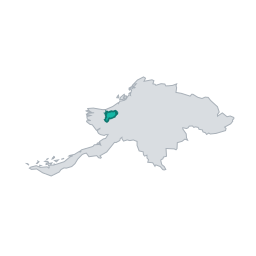 location of Hinthada, Ayeyarwady, Myanmar, rotated 80°
{"feature_id": "60261553B48695999525720", "entity_name": "Hinthada", "entity_type": "district", "adm_level": 2, "iso_a3": "MMR", "parent_name": "Myanmar", "parent_adm1": "Ayeyarwady", "projection": "orthographic", "projection_center": [95.142, 17.923], "detail": "fine", "context": "in_parent", "style": "filled", "palette": "teal", "viewbox_px": 256, "rotation_deg": 80, "n_neighbors": 0, "source": "geoboundaries", "source_scale": "gbopen_adm2", "svg_char_len": 6273}
<svg xmlns="http://www.w3.org/2000/svg" viewBox="0 0 256 256"><g transform="rotate(80 128 128)"><path d="M165.2,114.5L162.7,113.3L160.9,114.5L158.1,114.1L158.5,116.6L156.9,117.4L154.1,117.2L152.5,121.0L146.7,122.1L142.8,121.4L140.7,124.8L140.7,128.5L139.6,130.8L140.1,134.7L137.6,135.8L136.1,135.6L137.0,137.4L138.9,138.2L140.2,142.2L139.8,143.8L147.9,153.1L150.5,160.4L152.4,159.4L153.0,160.1L152.2,162.1L149.8,163.6L149.5,171.4L145.5,173.4L145.7,176.0L146.2,177.8L149.9,182.9L153.9,186.4L156.2,190.1L156.8,195.6L156.2,198.0L157.3,201.2L159.4,203.4L161.9,212.0L157.3,219.8L152.5,225.0L152.0,230.3L150.4,232.1L149.6,230.5L149.2,224.9L151.5,221.3L152.2,214.4L153.7,212.9L152.9,212.3L151.0,212.8L151.6,207.2L150.5,207.0L151.4,205.8L150.1,196.6L146.4,190.1L145.8,187.3L145.3,191.1L144.9,190.4L144.7,185.3L142.5,179.7L142.7,179.2L143.7,179.7L142.8,178.4L142.1,178.7L141.4,177.4L140.1,165.8L138.7,164.1L139.2,159.1L140.2,157.8L136.4,158.4L134.5,154.2L134.4,151.9L130.6,148.4L131.2,149.5L130.6,150.7L131.2,152.7L129.7,156.3L128.1,158.0L126.0,158.7L124.4,157.7L124.0,155.8L123.4,155.7L124.9,159.4L118.7,162.6L117.8,164.8L114.6,167.7L113.7,167.3L114.2,163.4L112.3,166.5L109.7,166.6L109.2,162.4L108.1,164.9L106.6,165.6L107.1,158.7L106.7,160.7L104.2,163.4L101.8,164.3L102.4,158.6L105.6,149.6L105.9,146.6L104.2,139.4L101.4,133.3L102.2,133.2L100.3,131.4L100.1,126.9L98.9,128.5L98.8,131.3L96.4,129.9L94.1,125.9L95.0,125.6L97.7,127.5L99.2,126.4L99.6,125.2L95.4,121.3L96.5,119.8L95.1,119.8L91.6,117.9L90.6,118.2L91.0,119.9L90.3,120.3L88.9,117.8L89.9,116.6L89.1,116.6L89.7,114.4L89.3,114.0L87.7,116.9L86.7,116.2L87.8,114.8L87.4,113.9L85.9,112.2L86.0,115.3L82.4,110.4L80.4,103.8L82.0,102.1L84.8,104.1L84.7,96.0L85.9,94.3L88.8,95.8L89.7,93.7L90.8,93.2L90.1,87.7L91.1,84.1L93.1,83.5L93.5,80.6L93.8,76.7L93.0,72.4L94.7,73.4L96.7,73.1L101.3,74.6L103.1,69.5L107.4,61.3L105.8,59.4L106.1,58.2L109.9,53.9L111.8,50.0L111.0,46.6L111.8,43.7L115.2,41.9L122.6,36.2L128.1,35.4L130.3,37.6L131.9,37.8L129.5,32.5L134.1,28.5L133.9,25.3L136.0,22.0L137.2,22.1L138.3,23.7L139.5,23.7L141.7,26.1L143.9,32.7L145.4,31.5L147.5,32.4L148.6,42.2L148.2,48.0L147.0,49.4L148.0,51.7L146.1,52.6L144.8,54.9L142.8,55.1L141.6,58.3L139.6,58.8L138.6,61.3L138.8,63.1L137.2,64.2L136.8,67.4L138.2,68.7L138.7,70.4L137.2,74.0L138.5,74.2L143.9,71.7L147.8,72.1L150.4,71.4L148.8,73.9L150.5,77.1L151.0,82.0L156.8,83.3L157.8,84.5L156.6,86.1L154.8,94.1L162.5,95.0L162.8,98.1L164.5,99.1L164.8,100.8L165.8,101.4L169.9,101.1L172.3,99.0L175.4,98.0L175.6,99.7L175.0,101.0L171.6,102.9L169.4,106.6L169.3,107.4L170.4,108.1L166.5,109.7L165.2,114.5ZM96.5,123.8L99.0,125.3L98.5,126.4L96.9,126.5L95.8,124.5L96.5,123.8ZM147.3,202.1L148.9,204.4L147.3,206.0L147.3,202.1ZM96.2,133.8L94.9,132.9L94.0,131.7L96.8,131.7L96.2,133.8ZM149.7,212.0L149.8,215.1L148.8,214.8L148.1,212.2L149.7,212.0ZM105.6,164.3L103.9,166.3L103.6,164.6L106.0,162.2L105.6,164.3ZM138.6,161.5L137.6,160.9L137.4,159.1L138.2,158.6L138.9,159.5L138.6,161.5ZM146.4,215.8L146.2,214.8L147.2,212.3L147.1,214.5L146.4,215.8ZM145.8,221.5L147.3,223.7L147.0,224.2L145.7,222.4L144.9,222.5L145.8,221.5ZM150.7,210.3L149.2,211.0L149.1,208.9L150.7,210.3ZM147.4,232.0L145.4,234.0L145.7,232.9L147.4,232.0ZM88.5,118.1L89.1,120.6L88.0,117.7L88.5,118.1ZM147.2,197.3L147.2,199.2L146.7,196.2L147.2,197.3ZM94.2,120.0L94.4,121.5L93.3,119.3L94.2,120.0ZM145.4,208.2L144.2,207.3L144.6,206.6L145.2,206.7L145.4,208.2ZM144.5,205.5L143.9,206.7L143.1,206.0L143.7,205.4L144.5,205.5ZM144.8,212.9L144.8,214.0L144.0,211.5L144.8,212.9ZM108.2,166.6L107.4,166.6L108.5,165.3L108.6,165.8L108.2,166.6ZM150.0,221.6L149.3,221.4L149.9,220.2L150.0,221.6Z" fill="#d9dde1" stroke="#a8b0b8" stroke-width="1"/><path d="M113.2,137.6L113.2,137.4L112.9,137.2L112.7,137.1L112.5,136.9L112.4,136.8L112.4,136.7L112.4,136.3L112.3,136.1L112.1,136.1L111.9,136.0L111.6,135.8L111.5,136.1L111.4,136.1L111.5,136.2L111.5,136.3L111.5,136.5L111.5,136.8L111.4,136.8L111.4,137.0L111.5,137.1L111.3,137.1L111.3,137.3L111.2,137.3L110.9,137.4L110.7,137.4L110.4,137.3L110.4,137.2L110.2,136.9L109.9,136.7L109.7,136.5L109.5,136.8L109.4,136.8L109.2,136.9L109.2,137.0L109.1,136.9L108.9,137.0L108.7,137.2L108.6,137.5L108.4,137.6L108.5,137.6L108.6,137.8L108.8,138.1L109.0,138.1L109.1,138.3L109.0,138.5L109.1,138.8L109.0,139.0L109.2,139.3L109.3,139.4L109.3,139.5L109.2,139.5L109.0,139.8L108.9,140.0L108.9,140.3L108.9,140.5L109.0,140.6L109.1,140.8L109.0,141.1L108.9,141.1L108.8,141.3L108.6,141.3L108.6,141.5L108.4,141.6L108.4,141.8L108.5,141.9L108.5,142.0L108.6,142.3L108.7,142.5L108.8,142.6L109.1,142.8L109.0,143.0L109.1,143.3L109.1,143.6L109.0,143.8L108.9,143.8L109.0,144.0L109.0,144.3L109.0,144.5L108.9,144.7L109.0,144.9L108.9,144.9L108.7,145.0L108.6,145.3L108.4,145.3L108.2,145.4L108.1,145.5L108.1,145.8L108.0,146.0L108.1,146.4L108.0,146.5L107.9,146.6L108.1,146.6L108.4,146.9L108.5,146.9L108.8,146.9L108.9,147.1L109.0,147.1L109.1,147.3L109.3,147.5L109.4,147.8L109.5,147.9L109.5,148.0L109.7,147.8L109.7,147.7L109.7,147.4L109.7,147.2L109.5,146.9L109.8,146.7L110.0,146.8L110.1,147.0L110.2,146.8L110.3,146.7L110.5,146.7L110.6,146.8L110.7,147.1L110.9,147.3L111.0,147.5L111.0,147.8L111.1,148.0L111.3,147.9L111.2,147.7L111.3,147.6L111.5,147.6L111.8,147.6L112.0,147.7L112.3,147.7L112.5,147.6L112.5,147.4L112.9,147.4L113.0,147.5L113.3,147.7L113.5,147.6L113.5,147.8L113.9,147.8L114.0,147.9L114.0,148.0L114.2,148.4L114.3,148.4L114.5,148.4L114.7,148.5L114.9,148.5L115.0,148.6L115.3,148.7L115.5,148.7L115.7,148.8L115.8,148.8L115.8,149.0L115.9,148.9L115.9,148.7L116.0,148.7L116.1,148.8L116.3,148.8L116.3,149.0L116.5,148.9L116.6,149.0L116.7,149.3L116.9,149.2L117.1,149.1L117.1,148.7L117.7,148.6L117.8,148.5L117.9,148.4L117.9,148.0L118.2,147.8L118.4,147.7L118.2,147.4L118.2,147.2L117.9,146.9L117.7,146.8L117.7,146.7L117.7,146.4L117.6,146.2L117.4,146.1L117.1,145.9L117.0,146.0L116.9,146.0L116.7,146.1L116.3,145.8L116.2,145.7L115.9,145.7L115.3,145.1L115.1,144.9L115.0,144.7L115.3,144.5L115.3,144.4L115.7,144.2L115.5,143.7L115.6,143.3L115.7,143.1L115.6,142.9L115.4,142.7L115.4,142.1L115.4,141.8L115.4,141.6L115.4,141.4L115.2,141.0L115.1,140.9L114.9,140.4L114.7,139.8L114.7,139.7L114.9,139.4L114.9,139.2L114.5,139.0L114.2,138.9L114.1,138.7L114.0,138.4L113.9,138.3L113.5,138.1L113.3,138.0L113.2,137.9L113.2,137.7L113.2,137.6Z" fill="#14b8a6" stroke="#0f766e" stroke-width="1.5"/></g></svg>